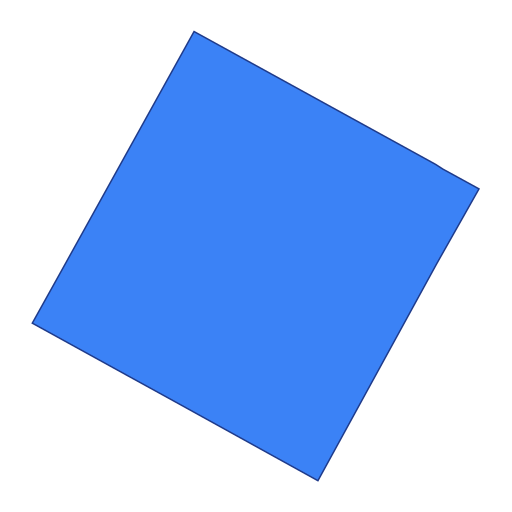 Newton, Mississippi, United States of America (Mercator projection), rotated 29°
{"feature_id": "52423323B80025699833508", "entity_name": "Newton", "entity_type": "district", "adm_level": 2, "iso_a3": "USA", "parent_name": "United States of America", "parent_adm1": "Mississippi", "projection": "mercator", "projection_center": [-89.133, 32.4], "detail": "fine", "context": "isolated", "style": "filled", "palette": "blue", "viewbox_px": 512, "rotation_deg": 29, "n_neighbors": 0, "source": "geoboundaries", "source_scale": "gbopen_adm2", "svg_char_len": 303}
<svg xmlns="http://www.w3.org/2000/svg" viewBox="0 0 512 512"><g transform="rotate(29 256 256)"><path d="M93.0,89.7L93.0,367.9L92.9,423.2L202.1,422.9L256.5,422.7L419.1,422.5L417.8,174.9L418.5,89.2L377.4,89.4L368.8,88.8L97.0,89.7L93.0,89.7Z" fill="#3b82f6" stroke="#1e3a8a" stroke-width="1.5"/></g></svg>